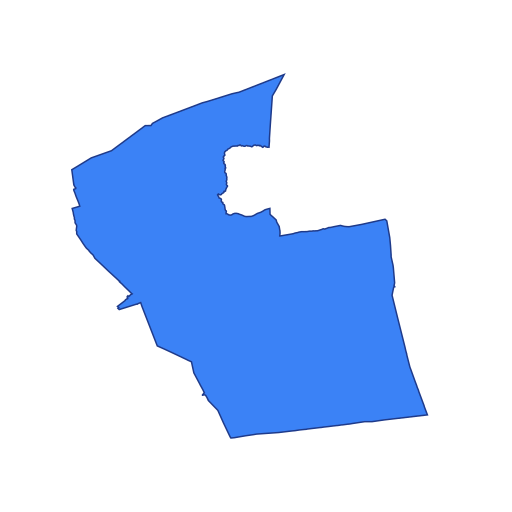 the district of Åmot nor, Hedmark, Norway, rotated 100°
{"feature_id": "86288312B80993822941630", "entity_name": "Åmot nor", "entity_type": "district", "adm_level": 2, "iso_a3": "NOR", "parent_name": "Norway", "parent_adm1": "Hedmark", "projection": "orthographic", "projection_center": [11.34, 61.261], "detail": "fine", "context": "isolated", "style": "filled", "palette": "blue", "viewbox_px": 512, "rotation_deg": 100, "n_neighbors": 0, "source": "geoboundaries", "source_scale": "gbopen_adm2", "svg_char_len": 6044}
<svg xmlns="http://www.w3.org/2000/svg" viewBox="0 0 512 512"><g transform="rotate(100 256 256)"><path d="M203.0,452.4L216.5,448.1L216.8,447.9L217.2,447.9L217.9,447.4L218.2,447.4L218.4,447.1L219.1,446.6L219.6,446.2L219.9,445.8L220.0,445.5L220.3,445.2L220.9,445.3L221.5,446.2L221.9,447.0L222.0,447.1L223.2,446.7L225.2,445.4L228.6,443.5L232.7,440.9L234.2,440.0L235.3,439.3L237.6,438.2L241.1,445.3L244.7,443.6L246.3,443.1L248.2,442.3L250.0,441.4L250.8,441.4L251.3,441.2L252.0,440.6L252.7,440.3L254.5,440.0L254.9,439.8L256.7,438.1L257.9,437.7L260.6,437.6L262.0,437.5L263.1,436.8L265.4,436.4L270.2,431.7L273.8,428.4L276.7,425.5L277.8,424.3L279.5,421.6L280.0,421.3L280.8,420.3L281.9,418.9L283.0,417.0L283.8,416.2L286.3,414.2L290.7,407.4L295.2,400.6L296.8,398.2L298.0,396.3L300.5,392.4L303.5,387.7L304.3,386.5L304.5,385.9L304.8,386.1L305.0,386.1L305.9,384.7L306.7,383.3L309.0,380.1L314.5,372.0L314.8,371.4L315.3,371.9L315.9,372.8L316.3,373.0L316.9,373.5L317.1,373.5L318.0,374.4L317.4,375.2L318.3,375.8L318.9,375.7L320.1,374.9L320.4,375.0L320.4,375.5L320.8,375.9L321.9,377.0L322.1,377.1L322.5,377.1L323.3,377.8L329.7,383.7L330.7,382.2L331.5,382.9L332.5,381.4L324.2,365.4L324.0,364.4L323.6,364.2L321.9,361.5L325.2,359.7L332.0,355.6L361.7,337.6L363.6,330.0L365.7,322.1L367.3,316.2L368.0,313.7L370.0,306.4L370.6,304.5L370.7,303.9L371.4,301.2L381.9,296.9L392.0,289.0L392.6,288.6L396.8,285.2L399.7,283.1L400.1,283.5L402.2,284.6L402.4,284.5L402.4,284.3L402.3,284.1L401.8,283.4L401.7,282.5L401.9,281.4L402.7,280.8L404.2,279.4L404.9,279.1L405.4,278.5L405.6,278.5L405.9,278.2L406.3,278.1L406.7,277.7L414.6,266.8L426.1,259.0L437.6,250.8L439.3,249.5L439.6,249.1L438.7,245.8L434.9,235.2L432.3,227.3L431.3,224.6L425.9,203.0L422.3,191.1L421.5,188.3L421.4,187.9L421.2,187.1L421.1,186.9L419.8,183.1L418.4,178.2L418.0,176.6L417.5,175.4L413.7,162.8L413.6,162.2L412.7,159.6L411.3,154.8L409.9,150.3L409.5,148.9L409.4,148.5L409.1,147.7L408.8,146.3L408.4,145.1L408.1,144.2L407.6,142.8L407.2,141.2L405.9,137.1L405.7,136.6L405.5,135.9L405.5,135.6L405.0,134.1L404.2,131.9L400.3,120.3L399.0,113.0L395.0,100.8L382.7,59.6L375.3,64.0L374.2,64.5L360.8,72.4L360.2,72.6L357.4,74.4L355.3,75.5L352.3,77.3L341.3,83.6L338.8,85.1L327.3,90.3L326.3,90.6L323.4,92.0L319.8,93.5L292.3,105.8L271.0,115.2L262.9,115.0L262.6,114.7L262.2,114.0L261.6,114.5L261.4,114.9L258.4,114.8L243.7,118.7L241.2,119.5L233.3,122.8L231.6,123.1L222.2,125.4L214.6,127.5L198.7,133.3L197.4,135.3L206.6,157.6L211.0,169.4L211.3,171.6L211.5,174.1L211.4,176.1L211.2,178.1L212.7,182.0L213.5,184.1L214.3,186.0L214.9,187.5L215.4,189.5L215.7,189.9L216.3,190.8L217.0,192.1L217.6,193.0L217.5,193.4L217.5,194.5L217.9,195.2L218.4,195.8L219.6,198.2L219.9,198.6L220.6,200.2L220.7,201.0L221.2,202.9L221.3,203.6L221.3,204.1L221.8,205.2L222.3,207.8L223.1,209.9L223.8,213.4L224.1,215.3L225.0,217.8L225.8,219.3L226.3,220.8L227.0,222.3L227.4,222.8L228.1,224.6L232.0,235.5L232.1,236.1L229.1,236.3L228.1,236.6L227.3,236.7L225.8,237.3L222.9,238.3L219.0,241.5L217.0,242.4L214.2,246.7L213.9,247.3L213.5,248.0L212.5,249.4L206.7,250.6L208.3,254.0L209.0,255.3L210.5,256.9L212.1,258.9L213.8,262.0L214.7,263.1L216.1,264.7L216.8,265.7L217.4,266.7L217.9,267.7L218.0,268.4L218.4,270.4L218.8,272.0L218.9,273.3L218.9,274.2L218.7,274.8L218.1,277.1L217.7,280.0L217.5,280.3L217.4,280.9L217.4,282.9L217.7,284.3L218.0,284.9L218.5,285.9L219.7,287.1L220.0,287.8L220.2,288.5L220.2,289.7L220.1,290.4L219.7,291.0L219.5,291.8L219.4,292.5L219.5,292.8L218.3,293.0L217.4,292.9L217.0,293.0L216.7,293.2L216.4,293.9L216.0,294.2L214.6,294.8L214.1,294.9L213.8,295.0L213.0,295.3L211.5,295.8L211.1,296.1L210.6,297.3L210.3,297.6L210.1,297.8L209.3,297.9L209.0,298.0L208.9,298.2L208.8,299.1L208.3,299.6L207.6,299.8L206.6,299.8L205.9,300.2L205.7,300.5L205.5,300.9L205.3,301.8L205.3,302.4L204.2,303.0L202.5,304.5L202.4,304.5L201.9,303.9L201.5,303.9L201.4,303.7L201.8,303.2L202.0,302.0L202.0,301.9L201.7,301.1L201.5,300.9L201.3,300.7L200.8,300.6L200.5,300.4L199.9,299.8L199.5,299.1L199.1,298.8L198.7,298.6L198.3,298.8L197.9,298.7L197.7,298.6L197.6,297.8L197.5,297.5L197.3,297.3L195.4,297.3L194.9,297.0L193.7,296.9L192.7,296.3L192.1,296.2L191.7,296.4L191.2,297.3L190.7,297.6L190.3,297.7L189.5,297.5L188.9,297.5L187.5,298.4L186.8,298.1L185.9,298.0L185.1,298.1L184.6,298.4L183.8,298.3L183.2,298.5L181.6,299.4L180.6,299.5L180.1,299.7L179.8,300.0L179.4,300.9L179.3,301.1L178.7,301.4L178.1,301.5L176.4,301.3L175.0,301.7L174.8,301.6L174.7,301.3L174.5,301.1L173.5,301.8L172.5,301.8L171.9,302.3L171.5,302.2L171.3,302.3L171.0,302.8L170.9,302.9L170.8,303.4L170.5,303.6L170.4,303.8L169.7,304.0L169.1,303.7L168.7,303.8L168.3,304.1L168.0,304.7L167.6,305.1L167.3,305.1L166.3,304.7L166.1,304.6L165.6,304.5L164.3,305.4L164.0,305.4L163.8,305.2L163.6,304.9L162.6,304.8L162.4,304.5L162.2,304.2L161.4,304.4L161.1,304.6L160.2,305.0L158.7,304.8L158.5,304.5L157.5,303.9L157.2,303.2L156.5,302.6L155.9,302.4L155.4,302.0L154.9,301.2L154.3,300.5L153.7,300.0L152.7,299.3L152.3,298.5L152.0,298.1L151.7,297.4L151.7,297.2L151.7,296.8L151.4,296.0L151.3,295.3L151.0,294.5L151.1,293.7L150.8,293.3L150.3,293.0L150.2,292.6L150.2,292.0L149.7,291.6L149.4,291.1L149.4,290.7L149.6,290.3L150.1,289.7L150.1,289.4L150.1,289.2L149.7,288.5L149.8,288.1L150.0,287.0L150.0,286.8L149.9,286.4L149.9,286.1L149.7,285.7L149.3,285.2L148.9,284.8L148.8,284.2L148.8,283.9L149.1,283.5L149.1,283.2L148.9,282.6L149.0,281.9L148.8,281.1L149.2,279.1L149.0,278.8L147.3,277.4L146.9,276.3L146.8,276.0L146.8,275.7L147.1,275.1L147.2,274.4L146.9,274.1L146.7,273.7L146.8,273.1L146.6,272.7L146.5,272.4L146.8,271.8L146.5,271.6L146.4,271.3L146.8,271.0L146.8,270.4L146.9,269.9L147.3,269.2L147.6,268.8L147.8,268.2L147.7,268.1L147.3,267.7L146.8,267.5L146.4,267.0L146.3,266.7L146.3,266.1L146.7,265.7L146.9,263.7L146.9,263.4L146.6,262.5L146.6,262.1L140.4,262.7L137.9,263.2L124.2,264.7L95.5,267.7L88.6,265.1L72.4,259.8L97.8,301.4L98.3,302.8L100.4,307.8L112.3,330.8L114.5,335.5L130.4,362.2L136.1,371.9L143.4,381.0L145.8,382.1L146.8,387.7L177.4,416.6L188.0,435.3L198.6,447.3L202.5,451.8L203.0,452.4Z" fill="#3b82f6" stroke="#1e3a8a" stroke-width="1.5"/></g></svg>